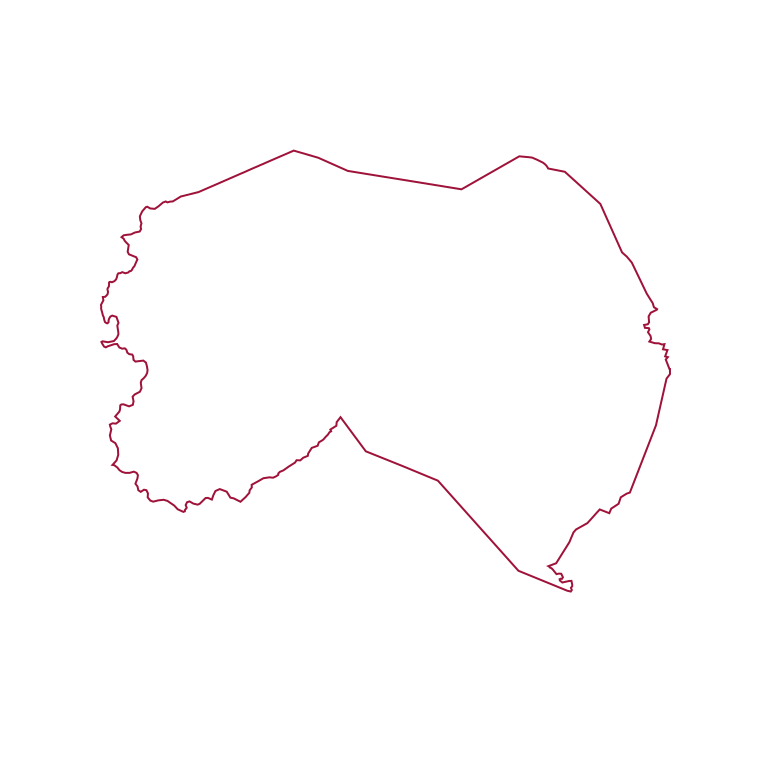 the district of San Simón Zahuatlán, Oaxaca, Mexico, rotated 255°
{"feature_id": "50627088B58043403570664", "entity_name": "San Simón Zahuatlán", "entity_type": "district", "adm_level": 2, "iso_a3": "MEX", "parent_name": "Mexico", "parent_adm1": "Oaxaca", "projection": "robinson", "projection_center": [-97.999, 17.838], "detail": "fine", "context": "isolated", "style": "outline", "palette": "rose", "viewbox_px": 768, "rotation_deg": 255, "n_neighbors": 0, "source": "geoboundaries", "source_scale": "gbopen_adm2", "svg_char_len": 4078}
<svg xmlns="http://www.w3.org/2000/svg" viewBox="0 0 768 768"><g transform="rotate(255 384 384)"><path d="M549.7,598.3L550.7,598.1L552.6,597.5L554.9,596.2L556.6,594.9L561.0,589.9L564.4,585.6L565.7,582.3L568.9,573.6L552.0,509.2L599.2,404.2L619.6,379.0L632.8,357.2L628.5,328.3L627.8,323.9L627.6,322.2L626.8,317.1L626.6,315.6L626.0,311.5L624.6,302.8L624.2,299.7L623.7,296.6L623.2,293.2L617.4,254.6L617.7,236.3L615.0,227.2L615.5,224.8L615.5,221.8L616.8,220.4L616.5,217.4L614.8,213.8L614.1,212.4L612.5,207.9L614.1,203.6L616.5,201.2L616.4,199.6L613.3,195.1L609.2,191.6L605.4,191.0L602.0,191.3L599.0,189.6L596.6,189.5L594.5,187.5L594.8,182.5L594.0,178.3L594.7,173.9L595.0,171.0L593.8,168.5L591.6,170.2L589.7,170.5L588.2,171.2L584.3,173.4L578.0,170.6L575.3,171.2L570.6,177.4L568.1,178.0L565.7,176.0L562.4,173.4L561.2,171.6L559.4,170.0L558.6,168.6L558.8,167.3L557.9,165.8L557.9,162.8L559.8,160.1L559.3,157.9L559.7,156.1L558.7,154.9L556.2,153.6L554.4,152.3L553.1,150.2L552.7,147.5L553.4,146.5L553.6,145.4L553.2,144.7L551.3,144.2L549.3,143.4L547.8,141.7L546.5,141.3L544.4,141.3L542.1,140.1L540.4,137.3L540.8,134.9L537.4,134.6L533.7,131.1L531.9,130.9L530.2,130.3L528.7,130.2L526.4,130.3L523.3,130.2L521.0,130.6L518.7,130.4L516.1,130.5L514.6,131.7L514.2,132.7L515.2,134.1L516.8,134.4L518.5,135.6L520.0,137.2L520.4,139.2L518.1,142.9L511.8,143.4L509.4,141.5L503.1,140.8L500.9,140.4L498.5,138.6L497.1,137.0L495.4,134.1L495.8,128.2L498.1,123.1L497.7,121.9L495.1,122.5L492.6,123.3L491.4,124.8L491.9,126.9L492.3,133.6L491.7,136.6L487.8,137.8L485.9,140.2L485.5,142.9L483.8,144.0L480.7,144.2L478.8,145.6L477.6,148.4L475.8,148.9L472.1,148.3L470.0,149.7L468.9,157.6L466.3,159.6L462.5,159.6L458.6,159.2L456.0,158.1L453.6,156.0L451.8,153.4L450.5,150.8L448.2,149.4L442.7,148.7L439.7,146.2L438.4,140.4L436.8,137.9L432.1,137.6L428.9,136.0L428.4,132.0L431.8,127.1L432.2,125.0L431.6,123.7L427.9,122.5L425.9,121.3L422.2,115.9L416.8,119.2L415.1,114.9L416.3,111.5L415.7,108.7L413.5,108.6L410.9,108.9L405.2,105.9L400.0,105.8L396.4,109.2L390.8,110.3L384.4,109.0L379.4,105.9L376.1,100.8L375.4,102.4L372.4,104.8L369.2,106.2L366.8,108.3L365.0,111.4L364.0,115.3L364.1,119.6L362.2,122.0L359.6,122.7L356.6,121.4L352.0,118.1L348.8,119.4L345.0,119.2L342.8,121.1L344.0,124.8L342.9,127.0L339.5,127.7L335.6,126.4L331.9,128.1L330.1,130.6L330.0,135.9L329.2,141.2L327.1,144.6L320.9,149.9L316.4,152.3L312.4,157.1L312.6,158.7L313.7,159.0L315.5,161.4L318.4,161.1L320.8,163.2L320.9,165.8L317.8,168.9L315.7,172.8L316.0,175.0L320.0,182.1L319.6,184.4L316.9,187.8L320.6,190.3L323.6,192.9L324.2,193.4L324.4,194.3L325.0,198.2L320.7,204.2L314.0,206.2L312.4,209.3L310.3,211.6L307.4,214.9L310.7,221.2L313.8,225.8L316.1,226.7L318.2,229.5L320.9,230.1L322.6,237.2L324.2,243.1L323.5,249.2L322.2,252.6L322.7,255.7L323.6,258.3L325.0,258.8L326.1,260.7L326.6,264.4L328.9,270.6L331.1,277.7L333.0,279.8L331.9,283.4L333.7,286.9L334.3,291.8L336.5,292.8L341.0,297.7L341.5,303.9L344.5,306.0L345.5,309.6L346.1,311.1L348.1,314.1L349.6,316.7L351.5,318.8L352.0,320.7L353.9,320.4L356.0,327.2L359.4,328.4L359.9,329.1L363.2,333.4L323.7,349.0L299.4,381.4L278.3,408.9L278.0,409.4L276.6,411.1L220.3,439.5L168.8,465.5L136.9,507.5L135.2,510.7L136.4,512.1L138.7,511.8L140.0,513.5L141.6,513.9L143.7,514.0L145.3,514.1L145.8,512.1L146.1,504.9L148.7,503.0L150.0,503.1L150.2,504.2L149.7,505.4L151.0,506.8L154.8,506.1L155.6,503.9L155.7,501.4L160.9,499.1L162.4,498.3L163.4,497.3L164.0,496.5L165.0,496.4L165.5,495.8L166.3,503.9L183.2,522.1L191.6,528.6L193.8,531.9L197.0,544.5L207.0,559.9L200.9,568.2L204.8,571.2L207.6,579.6L213.3,583.4L215.3,590.1L215.5,593.4L273.7,636.0L316.1,658.3L319.5,662.8L324.5,664.1L324.7,663.6L334.7,662.5L336.5,665.1L337.9,662.7L343.4,666.6L345.3,662.5L349.9,665.2L350.2,662.7L352.2,659.9L353.3,656.2L356.3,651.3L358.4,653.7L361.4,653.9L365.7,652.4L368.1,654.5L369.4,654.3L370.7,650.6L373.7,650.5L373.4,654.2L374.9,656.0L380.8,657.1L383.8,660.1L385.1,666.7L385.6,667.2L388.3,664.6L392.5,664.5L397.3,663.0L403.2,661.2L437.1,654.8L444.2,651.5L449.5,648.0L501.9,639.6L542.2,613.6L549.7,598.3Z" fill="none" stroke="#9f1239" stroke-width="2"/></g></svg>